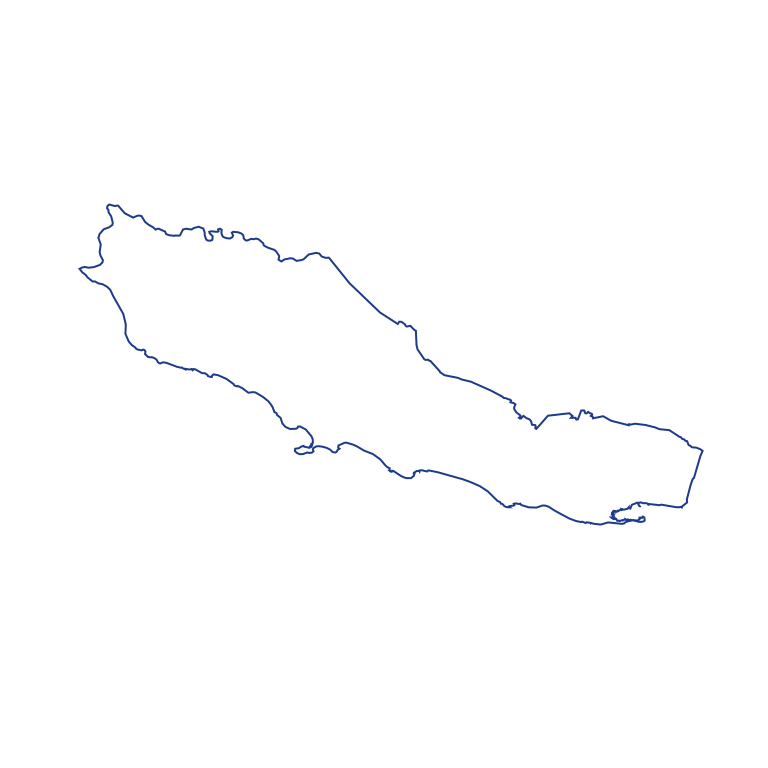 La Union, La Union, Philippines, rotated 292°
{"feature_id": "2640588B50881283310688", "entity_name": "La Union", "entity_type": "district", "adm_level": 2, "iso_a3": "PHL", "parent_name": "Philippines", "parent_adm1": "La Union", "projection": "equal_earth", "projection_center": [120.343, 16.561], "detail": "fine", "context": "isolated", "style": "outline", "palette": "blue", "viewbox_px": 768, "rotation_deg": 292, "n_neighbors": 0, "source": "geoboundaries", "source_scale": "gbopen_adm2", "svg_char_len": 6125}
<svg xmlns="http://www.w3.org/2000/svg" viewBox="0 0 768 768"><g transform="rotate(292 384 384)"><path d="M480.5,285.6L479.1,282.7L478.9,278.4L480.7,275.2L480.2,272.0L475.9,265.7L469.7,262.8L468.1,261.2L465.4,256.8L466.2,252.4L465.5,250.1L462.2,245.0L459.2,243.0L459.7,239.7L463.4,238.9L466.4,234.6L467.3,232.1L466.9,225.2L467.3,221.4L467.5,220.6L469.2,219.3L471.2,213.5L470.9,210.8L469.5,209.1L468.8,206.5L465.8,203.4L465.4,201.8L466.4,199.5L469.2,197.8L470.1,195.5L470.0,191.8L468.6,187.1L467.3,186.2L465.1,188.5L463.4,188.4L461.2,186.7L460.2,183.2L460.1,180.1L460.7,178.7L463.0,176.7L466.2,175.7L466.5,173.7L465.2,172.2L463.6,173.4L462.6,172.4L460.9,166.7L459.7,165.0L458.4,166.0L456.9,169.7L453.6,170.8L452.8,170.6L451.7,169.0L451.0,166.9L451.3,165.0L455.0,161.9L457.3,161.0L460.4,158.3L460.4,153.3L457.4,149.3L455.1,147.6L453.8,142.3L452.0,139.8L445.3,139.1L444.7,138.3L443.6,134.9L442.9,134.3L441.4,128.8L441.4,125.8L443.3,124.0L443.6,117.2L443.1,115.8L441.6,114.4L442.7,111.6L443.6,105.6L444.8,101.7L448.9,96.2L448.4,93.7L447.5,92.2L444.3,89.0L445.2,79.7L449.7,70.8L449.6,69.9L448.2,67.9L447.5,62.1L445.7,61.0L443.3,61.3L442.0,63.4L440.0,64.3L437.3,68.2L431.9,72.1L429.9,72.6L426.4,70.5L422.5,66.2L416.5,64.1L412.6,64.4L407.2,69.1L399.9,70.9L397.1,72.8L393.5,77.0L391.4,77.4L388.0,76.0L383.7,71.2L381.1,66.5L380.5,62.9L379.1,60.7L376.7,58.6L374.5,62.5L373.4,66.5L371.8,69.2L369.9,75.4L370.8,77.7L370.3,81.5L371.1,85.8L370.4,90.9L368.8,94.9L364.3,99.7L351.3,116.0L342.5,122.3L333.7,125.4L327.8,131.4L325.7,135.3L324.8,139.3L323.8,141.1L323.7,142.9L324.5,146.9L325.7,147.8L325.8,149.1L324.7,150.7L322.3,151.2L320.7,155.0L321.2,157.4L322.0,158.8L321.9,162.1L321.3,164.1L319.5,166.3L319.1,167.8L319.3,169.0L321.3,170.9L322.1,174.1L322.4,185.6L323.0,189.4L323.6,190.6L323.2,191.3L323.1,195.7L323.7,194.4L324.6,198.3L325.8,200.0L324.5,202.1L325.7,200.8L326.5,201.7L326.9,203.5L325.9,211.2L326.9,214.0L326.2,217.0L325.4,217.8L325.5,219.9L326.0,221.7L327.2,221.5L329.0,222.2L330.0,226.8L329.7,236.1L327.6,244.5L326.6,245.8L326.8,248.8L327.4,249.1L327.1,254.0L325.1,261.5L327.4,265.6L328.0,268.1L326.6,276.9L324.7,283.2L322.7,286.7L320.6,289.6L317.0,292.8L316.7,295.3L315.2,296.5L313.8,300.9L309.4,304.5L307.3,308.6L307.1,313.8L309.6,319.2L310.7,320.2L312.3,320.2L313.2,322.2L312.5,328.6L308.3,336.4L306.2,338.5L303.2,340.0L301.6,339.9L301.4,338.2L301.4,340.1L300.4,340.2L300.2,338.5L300.2,340.2L299.4,340.3L299.1,338.2L299.1,340.1L298.6,340.1L298.7,339.4L297.3,339.0L297.5,338.6L297.0,338.6L296.7,337.8L296.0,333.3L296.5,332.6L295.1,330.9L292.5,329.0L290.7,325.9L288.4,326.5L287.4,329.4L287.3,332.0L288.7,335.2L291.8,338.5L292.0,340.3L293.2,342.7L295.1,343.9L296.9,342.4L298.2,342.6L300.4,344.2L301.7,346.3L302.7,349.7L303.3,354.7L303.0,358.4L301.7,361.9L302.2,364.5L303.4,365.5L305.4,365.7L307.3,367.0L307.7,365.4L309.9,364.8L314.6,369.3L315.5,371.0L316.2,377.9L316.0,382.5L314.8,390.3L314.9,400.0L312.7,408.8L309.0,415.9L308.2,418.1L308.0,420.8L305.9,421.4L305.5,422.0L305.3,423.0L305.5,424.1L306.0,424.3L305.4,423.2L305.7,422.1L306.9,425.0L305.1,434.2L304.9,438.0L305.2,440.2L306.8,444.3L310.1,446.1L313.0,445.8L312.5,445.0L312.8,444.9L315.4,446.8L316.6,449.2L316.3,449.6L317.2,449.4L318.2,451.4L319.0,456.7L320.2,457.2L320.7,458.2L322.3,466.6L325.2,492.8L325.5,501.2L325.2,511.1L323.3,520.6L318.1,533.0L318.0,535.8L316.8,537.2L317.2,538.6L315.8,541.5L315.8,544.0L316.8,546.7L317.1,545.6L317.7,546.0L319.9,549.8L320.6,550.3L321.6,549.2L322.5,550.4L323.4,554.3L324.1,555.2L323.2,556.6L323.9,564.5L326.5,571.6L330.8,576.6L331.7,579.2L331.9,582.5L330.4,590.7L328.7,606.2L328.9,613.5L329.9,618.8L330.6,619.3L330.6,623.1L331.7,623.7L332.6,627.5L332.2,627.9L332.8,628.3L332.9,630.5L334.9,637.7L339.6,643.6L343.5,657.1L344.8,659.0L345.7,659.2L347.9,661.3L350.9,665.9L351.8,672.3L352.8,674.7L354.1,676.4L355.3,676.8L357.7,675.4L358.1,674.1L357.9,673.5L356.6,673.5L356.3,672.1L355.1,671.8L355.4,671.1L354.0,671.4L352.3,670.1L350.3,663.0L348.8,661.2L349.7,660.8L349.0,659.6L349.1,658.8L348.6,659.2L348.8,658.4L347.7,657.2L347.1,657.6L347.5,656.9L346.9,656.6L347.0,655.8L345.2,653.9L345.4,653.1L344.5,651.6L345.9,649.8L344.7,647.3L345.4,646.7L345.0,645.5L345.4,644.6L346.1,646.3L346.9,646.0L347.1,647.0L347.9,645.8L349.1,646.1L348.3,644.2L349.6,643.8L349.6,644.6L350.6,644.8L350.9,644.0L352.0,644.1L352.4,644.4L352.1,645.7L352.7,645.5L353.0,646.4L352.6,647.3L353.6,647.9L353.2,648.1L353.4,648.5L356.0,650.3L355.8,651.0L356.9,652.4L357.2,651.8L357.5,653.7L359.4,656.4L361.1,657.0L360.7,657.1L360.7,659.0L364.9,659.1L366.4,660.6L366.7,660.3L366.5,660.7L367.0,661.5L368.7,662.9L369.0,663.8L366.9,665.7L366.4,666.8L365.8,666.7L366.4,667.1L367.0,665.7L368.7,664.2L370.4,666.3L370.6,669.0L371.6,671.4L371.9,673.5L371.8,674.0L371.2,674.1L371.2,674.4L371.8,674.2L372.3,675.7L374.8,684.8L376.0,686.3L379.2,700.9L380.3,703.9L381.1,704.9L381.1,706.4L382.1,706.2L387.7,709.4L390.6,708.0L405.4,706.1L411.7,705.8L412.9,706.6L435.9,704.3L441.3,704.5L442.0,701.9L442.0,697.5L440.7,693.3L441.5,690.7L441.5,689.3L444.5,686.5L444.3,684.5L445.1,683.1L444.8,681.3L445.9,679.1L445.7,677.8L448.1,665.8L445.3,656.4L445.3,651.5L444.0,642.0L441.2,631.6L438.7,627.8L438.6,626.3L437.9,625.7L437.4,626.1L435.0,608.3L436.2,599.2L430.5,590.7L431.6,590.2L431.9,587.8L433.4,588.6L434.2,587.9L434.1,585.9L434.6,583.7L432.8,583.0L432.3,582.1L432.6,581.0L434.0,580.2L434.4,579.3L433.3,576.8L423.9,577.0L423.2,576.0L423.1,575.5L424.4,574.3L422.7,570.0L424.9,570.8L426.3,566.8L416.0,547.9L399.5,542.1L399.5,541.4L399.7,540.8L401.6,540.5L402.5,539.7L401.7,536.4L404.5,534.4L405.7,532.3L405.7,528.9L406.7,525.2L403.3,524.0L402.9,522.7L403.2,521.8L404.8,522.7L405.9,522.3L407.3,517.3L409.2,514.5L410.6,513.5L414.4,513.5L414.9,511.2L414.4,508.1L416.3,508.0L416.6,507.1L416.4,501.9L415.9,500.1L416.6,498.7L418.0,485.2L418.7,463.8L417.3,454.2L417.4,450.3L414.8,436.7L416.0,431.4L416.7,430.9L422.7,418.5L422.5,417.2L423.1,416.1L421.9,413.4L422.1,412.0L428.7,402.1L432.2,399.6L445.3,393.6L445.4,392.1L447.8,386.6L445.8,383.6L445.8,382.8L447.2,381.0L448.2,377.0L447.5,374.8L444.8,374.3L448.8,353.5L464.5,314.3L480.5,285.6Z" fill="none" stroke="#1e3a8a" stroke-width="2"/></g></svg>